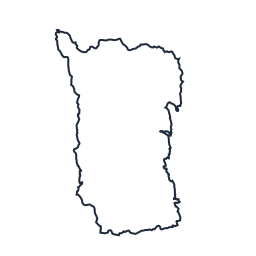 outline of Falam, Chin, Myanmar, rotated 353°
{"feature_id": "60261553B58296948192675", "entity_name": "Falam", "entity_type": "district", "adm_level": 2, "iso_a3": "MMR", "parent_name": "Myanmar", "parent_adm1": "Chin", "projection": "albers", "projection_center": [93.718, 23.446], "detail": "fine", "context": "isolated", "style": "outline", "palette": "slate", "viewbox_px": 256, "rotation_deg": 353, "n_neighbors": 0, "source": "geoboundaries", "source_scale": "gbopen_adm2", "svg_char_len": 5793}
<svg xmlns="http://www.w3.org/2000/svg" viewBox="0 0 256 256"><g transform="rotate(353 128 128)"><path d="M187.1,65.5L185.7,65.8L183.6,64.6L183.1,63.6L183.1,62.2L182.7,60.9L181.7,59.6L181.5,58.3L180.5,57.3L179.6,57.3L178.4,57.8L177.1,57.4L176.0,56.6L173.9,57.2L172.7,55.2L172.5,53.4L170.1,52.3L169.1,51.2L168.4,50.8L166.8,51.7L165.6,51.4L164.7,50.7L163.6,50.3L162.8,51.1L161.4,50.9L159.9,50.0L157.7,47.7L156.1,46.9L151.8,47.0L150.7,46.7L150.2,47.7L148.9,48.4L147.6,48.5L145.8,49.9L142.1,50.3L139.9,51.0L138.4,50.8L137.3,50.0L137.1,48.5L136.3,47.2L134.6,45.2L133.4,44.4L132.2,41.7L131.1,38.5L130.1,38.3L128.3,38.9L126.1,39.2L125.1,39.1L122.1,38.2L120.5,38.0L119.1,38.0L117.6,38.4L116.0,38.3L113.2,37.5L111.3,37.3L110.5,37.5L109.3,39.6L109.2,40.9L108.9,42.3L108.2,43.1L107.5,43.5L106.7,44.6L105.9,45.1L104.9,44.9L102.1,42.8L100.7,42.7L100.0,43.8L99.4,45.3L98.9,45.5L98.0,45.5L95.9,47.4L93.7,47.5L92.9,47.0L91.6,46.7L90.5,46.0L87.9,43.6L86.9,42.3L87.0,41.7L87.5,40.9L87.5,40.0L86.2,38.3L86.5,36.9L86.2,36.6L84.4,36.8L83.3,35.9L81.9,31.7L81.5,29.2L79.5,26.6L78.2,25.9L76.8,25.8L75.4,25.0L73.7,24.4L72.4,24.1L71.7,23.5L71.1,22.4L70.2,22.0L69.5,22.1L69.9,22.9L71.4,24.2L71.3,24.7L69.0,24.3L68.3,24.7L67.9,25.3L67.7,26.1L67.9,26.9L68.5,27.9L68.8,29.1L68.1,29.9L67.3,30.5L67.3,31.4L68.2,32.4L68.4,33.2L68.2,34.3L68.1,37.6L68.4,39.2L68.3,41.3L68.6,42.0L69.6,43.0L71.0,46.3L71.3,47.7L72.2,48.7L72.9,49.8L74.3,50.0L75.8,49.9L76.7,50.4L77.1,51.8L77.1,52.9L76.2,59.3L76.4,60.3L76.2,63.2L76.9,68.4L78.0,69.3L78.6,70.1L77.5,74.0L77.5,75.7L77.0,77.3L76.9,78.3L78.4,79.7L78.8,80.8L79.3,82.6L79.3,85.5L80.1,86.8L82.0,88.9L83.2,89.3L83.5,90.0L83.3,90.8L81.7,93.3L80.5,96.6L81.7,98.5L81.3,99.1L81.0,101.0L81.3,102.3L82.1,104.1L81.5,106.3L81.4,107.7L80.3,108.0L80.0,108.7L80.1,109.7L79.7,109.9L80.7,113.2L79.0,116.5L77.9,117.8L77.3,119.1L77.1,122.7L77.5,123.8L76.9,125.7L77.2,127.0L76.6,127.6L76.2,128.4L76.5,130.3L76.4,132.2L77.0,134.6L78.0,137.2L77.8,137.8L77.1,138.6L76.3,139.9L76.2,140.5L75.6,141.2L74.4,141.9L72.5,142.3L71.6,143.0L71.6,144.2L72.0,145.2L72.9,146.5L73.3,147.3L73.2,149.6L72.8,152.3L73.0,153.3L72.9,156.7L73.3,157.5L73.4,159.2L74.0,159.4L75.1,162.2L75.1,162.8L76.3,164.5L76.3,164.8L75.1,164.9L74.6,165.5L74.8,167.6L74.4,168.3L74.9,169.5L73.8,171.4L73.2,174.4L73.3,176.3L73.6,176.8L74.1,176.8L75.1,176.3L75.9,176.4L75.7,177.6L74.6,178.5L73.7,178.9L72.0,180.7L71.2,180.8L71.5,182.1L71.1,183.5L70.4,184.6L69.7,184.8L68.9,187.9L70.2,188.1L70.7,188.4L71.5,189.8L71.9,190.1L72.8,191.9L73.6,194.1L73.5,195.5L73.8,197.0L74.4,198.3L75.9,199.3L76.9,199.5L80.0,199.2L81.4,199.6L82.4,200.7L84.0,201.7L84.7,202.4L84.7,203.2L85.1,204.4L84.8,205.5L85.0,206.4L84.7,207.5L84.9,208.8L86.0,211.7L86.1,213.3L86.5,214.0L86.0,215.0L85.8,216.0L85.1,216.8L84.9,217.9L87.1,220.8L88.0,221.8L88.8,222.1L89.0,222.5L88.7,223.3L88.9,224.7L88.1,226.0L88.3,226.8L88.2,227.5L87.8,228.0L87.8,228.5L92.4,229.7L95.3,229.3L95.8,227.8L96.5,227.4L97.6,227.3L98.6,227.6L99.0,228.4L99.7,231.1L100.2,231.2L100.5,231.5L101.4,232.0L102.5,232.1L102.7,232.3L105.8,233.3L106.3,232.1L107.1,231.4L108.8,231.6L109.5,231.3L111.2,230.1L111.5,230.5L112.1,230.8L113.2,230.6L114.9,229.9L116.3,229.9L116.7,230.3L117.2,231.6L117.6,232.2L118.8,232.8L122.4,234.0L123.6,233.7L129.0,231.6L131.0,231.7L132.9,231.3L135.0,231.7L136.6,231.3L137.4,231.7L138.3,231.7L139.1,232.3L140.6,231.4L142.0,231.7L145.0,229.0L146.5,228.8L147.2,229.3L147.9,230.3L148.0,232.1L149.0,232.8L152.0,232.1L153.8,232.0L154.9,232.2L157.1,231.4L158.3,231.7L160.3,231.7L160.3,231.1L160.2,230.6L160.3,230.4L160.6,230.2L163.3,231.2L164.1,230.7L165.4,230.4L164.7,226.9L164.9,226.4L166.4,226.4L168.4,226.0L169.1,223.3L168.4,220.1L168.1,219.4L168.0,218.1L167.0,216.8L168.2,214.9L168.2,214.1L166.9,212.2L165.7,211.7L165.8,211.0L165.3,210.0L165.0,208.2L165.7,207.9L166.9,208.0L167.5,208.5L170.0,207.9L170.3,207.4L169.2,206.6L169.1,205.8L169.5,205.1L169.0,204.6L167.4,204.7L166.7,204.2L165.0,204.1L164.9,203.6L165.4,203.1L166.6,202.4L166.3,200.3L166.8,199.8L166.5,198.4L166.8,197.6L166.8,196.3L167.0,194.2L166.7,191.9L167.0,191.2L167.1,190.4L166.8,188.8L166.4,188.0L166.1,186.8L165.5,185.8L165.0,186.2L164.4,186.2L163.1,185.2L162.6,183.7L162.7,182.7L162.3,180.6L163.0,179.5L163.0,178.9L162.2,178.5L161.7,176.9L160.8,176.1L160.7,175.1L161.5,173.7L161.1,172.8L160.4,172.7L159.6,172.9L159.1,172.6L158.5,170.8L158.9,170.5L160.7,170.1L161.0,169.8L160.8,168.3L160.4,167.5L160.4,166.4L159.9,165.2L159.7,164.3L160.1,163.5L160.7,163.1L162.2,163.2L162.9,162.3L163.5,162.0L164.8,163.1L165.0,162.9L164.9,161.3L165.2,160.3L165.2,159.2L165.7,158.8L166.3,158.7L166.4,156.9L166.9,156.1L167.1,155.0L166.5,153.9L166.6,153.5L167.9,153.0L167.0,149.5L166.9,147.3L167.2,143.4L166.9,140.0L164.9,138.8L163.6,137.3L162.4,136.9L162.0,136.5L159.7,135.3L160.0,135.0L161.4,135.2L163.6,136.3L164.3,136.3L164.6,135.9L165.2,135.9L166.9,136.3L167.0,136.5L167.8,137.0L168.9,139.0L169.2,139.0L169.3,139.6L168.9,140.7L169.4,140.8L169.9,139.8L169.9,139.1L170.0,139.1L170.1,138.6L170.7,137.8L170.2,136.8L170.2,136.1L170.9,134.8L170.5,133.4L170.9,131.3L171.7,130.2L171.3,125.9L170.7,122.9L171.3,122.3L170.3,115.3L168.7,112.7L167.7,112.3L168.7,111.5L170.2,108.8L171.3,107.9L172.2,107.5L172.9,107.8L173.8,108.9L174.8,109.2L176.5,110.4L177.5,111.7L177.9,112.9L178.1,114.2L178.0,115.8L178.5,116.8L179.5,117.2L180.0,116.6L180.0,115.7L179.3,113.9L179.3,113.0L180.2,112.3L181.1,112.2L181.1,112.4L182.2,112.5L182.7,112.3L183.3,110.5L183.7,110.1L183.9,108.7L183.7,107.1L184.0,105.0L183.9,103.5L184.1,102.7L183.8,101.1L184.2,99.7L185.1,98.1L185.4,95.8L185.7,94.9L185.3,93.9L185.1,92.7L185.7,91.3L188.3,88.6L187.1,87.8L186.4,86.5L186.6,85.5L186.4,83.8L186.9,82.7L188.7,80.9L188.7,79.5L188.1,77.3L186.4,75.2L186.4,73.9L186.7,71.9L186.5,70.8L185.9,69.4L185.9,68.2L186.4,66.7L187.1,65.5Z" fill="none" stroke="#1e293b" stroke-width="2"/></g></svg>